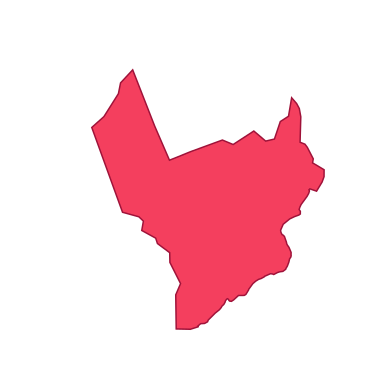 the district of Salem, New Jersey, United States of America, rotated 207°
{"feature_id": "52423323B39484776896839", "entity_name": "Salem", "entity_type": "district", "adm_level": 2, "iso_a3": "USA", "parent_name": "United States of America", "parent_adm1": "New Jersey", "projection": "equal_earth", "projection_center": [-75.458, 39.588], "detail": "fine", "context": "isolated", "style": "filled", "palette": "rose", "viewbox_px": 384, "rotation_deg": 207, "n_neighbors": 0, "source": "geoboundaries", "source_scale": "gbopen_adm2", "svg_char_len": 1547}
<svg xmlns="http://www.w3.org/2000/svg" viewBox="0 0 384 384"><g transform="rotate(207 192 192)"><path d="M75.1,180.8L76.3,183.2L80.1,186.4L80.8,186.9L82.7,187.9L82.9,188.0L84.0,188.8L85.3,190.4L86.9,191.9L89.5,194.4L91.5,195.0L92.4,194.9L94.5,196.5L95.7,198.2L96.1,204.7L94.7,207.8L92.7,212.4L89.4,216.7L86.3,220.0L85.5,221.6L86.7,224.0L88.6,225.0L89.0,227.4L89.1,230.4L87.5,240.3L87.4,243.7L87.8,246.3L88.8,247.0L88.4,248.3L81.4,249.3L80.6,259.9L81.3,265.6L84.4,271.8L97.8,272.7L99.0,276.6L109.6,284.2L113.1,285.9L118.3,285.4L129.2,308.4L134.3,315.1L138.9,318.3L146.0,321.2L140.4,303.3L145.3,294.9L142.6,276.6L149.5,270.8L164.6,274.4L176.9,253.0L188.5,252.1L211.4,227.5L226.5,210.1L255.3,233.9L300.3,273.9L305.2,256.8L302.2,246.2L304.7,219.2L310.6,204.0L244.7,142.4L228.1,145.8L222.1,144.0L219.3,134.9L203.4,134.4L199.4,130.4L184.3,127.8L179.7,119.2L160.6,105.2L159.8,93.0L143.9,62.8L132.1,68.5L131.2,68.9L125.4,74.6L125.3,74.8L125.5,75.0L125.9,75.2L124.5,78.6L121.1,80.6L119.2,83.4L119.4,85.3L116.4,94.5L115.9,95.6L114.1,99.6L113.5,102.3L113.5,103.8L112.6,106.3L112.5,108.9L112.8,110.3L112.4,112.4L111.8,113.1L110.5,112.7L109.8,112.1L108.8,111.9L107.2,112.5L105.9,114.8L105.4,116.1L103.6,120.9L99.9,122.8L98.4,123.7L97.5,125.2L97.1,130.5L97.3,131.0L96.2,137.9L94.8,141.4L93.0,144.4L91.1,146.3L89.2,149.1L89.0,149.5L89.0,149.9L85.0,154.8L83.1,155.5L81.7,155.6L79.3,159.0L77.6,160.7L75.0,162.5L73.4,165.7L73.6,166.2L73.4,169.2L73.9,173.6L74.7,176.8L74.4,178.7L74.7,180.2L75.1,180.8Z" fill="#f43f5e" stroke="#9f1239" stroke-width="1.5"/></g></svg>